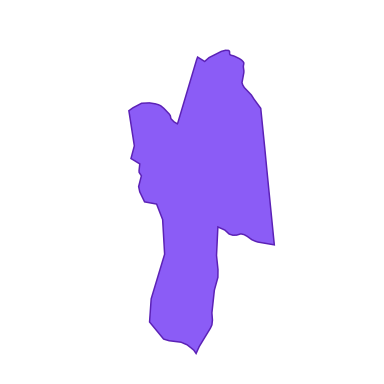 outline of Neuchâtel, rotated 304°
{"feature_id": "CHE-161", "entity_name": "Neuchâtel", "entity_type": "Canton", "adm_level": 1, "iso_a3": "CHE", "parent_name": "Switzerland", "parent_adm1": "", "projection": "albers", "projection_center": [6.837, 47.007], "detail": "fine", "context": "isolated", "style": "filled", "palette": "violet", "viewbox_px": 384, "rotation_deg": 304, "n_neighbors": 0, "source": "natural_earth", "source_scale": "10m", "svg_char_len": 1284}
<svg xmlns="http://www.w3.org/2000/svg" viewBox="0 0 384 384"><g transform="rotate(304 192 192)"><path d="M60.4,285.7L61.9,281.9L62.6,273.5L61.3,266.8L55.9,256.2L54.2,250.7L60.5,229.5L80.6,217.9L125.1,204.1L152.7,183.1L162.2,169.4L157.3,158.2L162.9,148.6L166.7,144.7L177.1,141.0L178.7,137.2L180.2,136.1L186.1,133.0L185.6,122.7L198.0,118.4L224.1,94.2L228.9,96.0L237.4,100.6L242.1,106.9L244.6,112.3L245.6,115.4L246.0,117.9L245.6,121.9L243.9,129.6L243.5,130.5L243.1,131.4L241.5,133.0L241.0,133.5L240.1,137.9L240.3,141.7L241.3,141.6L304.1,121.9L307.0,121.2L307.3,129.5L313.0,131.0L325.0,137.7L328.2,140.5L329.8,143.1L329.7,144.2L329.2,144.8L328.2,145.5L327.5,146.0L327.1,146.7L327.2,147.7L327.5,148.7L327.9,149.7L328.3,151.2L329.0,156.0L329.1,157.5L329.1,159.2L328.9,160.3L328.6,161.6L328.0,162.8L326.7,163.5L325.2,164.1L324.1,164.9L321.4,167.3L319.8,168.3L310.6,172.3L309.1,174.2L307.8,177.0L305.6,187.0L303.7,191.3L299.8,202.2L268.7,228.1L252.8,241.2L239.4,252.3L194.2,289.8L187.3,274.5L186.6,272.1L185.9,268.2L186.1,262.4L185.8,259.0L184.6,255.9L181.2,253.1L179.0,250.0L177.9,246.3L178.8,240.5L177.5,233.0L153.1,247.8L142.1,257.0L135.7,261.2L123.2,265.4L102.9,276.1L97.2,280.6L93.0,282.8L89.4,283.4L68.0,284.4L60.4,285.7Z" fill="#8b5cf6" stroke="#5b21b6" stroke-width="1.5"/></g></svg>